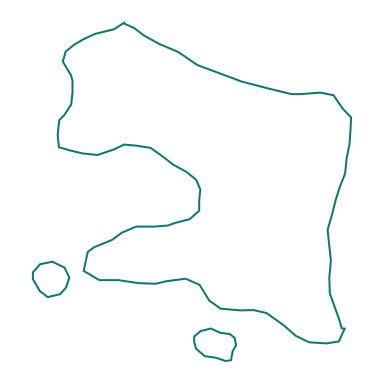 the district of Qazakh District, Qazax, Azerbaijan
{"feature_id": "54616110B43488292017990", "entity_name": "Qazakh District", "entity_type": "district", "adm_level": 2, "iso_a3": "AZE", "parent_name": "Azerbaijan", "parent_adm1": "Qazax", "projection": "robinson", "projection_center": [45.173, 41.158], "detail": "fine", "context": "isolated", "style": "outline", "palette": "teal", "viewbox_px": 384, "rotation_deg": 0, "n_neighbors": 0, "source": "geoboundaries", "source_scale": "gbopen_adm2", "svg_char_len": 1419}
<svg xmlns="http://www.w3.org/2000/svg" viewBox="0 0 384 384"><path d="M123.7,23.0L113.9,29.3L95.3,33.8L83.5,39.2L73.6,45.1L65.6,51.7L62.8,61.6L71.0,75.3L72.5,80.7L72.5,92.5L71.2,104.5L64.6,114.7L59.2,120.3L57.7,135.4L58.9,147.2L70.2,150.5L82.4,153.4L97.5,155.0L114.4,149.3L123.9,144.6L136.1,145.6L150.7,147.9L164.2,157.6L172.9,164.5L186.5,172.0L196.2,179.8L200.3,189.5L199.2,200.7L199.2,201.8L199.2,210.7L189.6,219.2L175.2,222.9L168.0,225.5L154.0,226.6L136.1,226.6L121.7,232.8L112.1,239.9L94.1,247.2L87.7,252.1L83.7,270.9L99.3,280.1L118.1,280.1L138.4,283.1L155.6,283.8L166.4,281.2L185.6,278.7L199.6,284.9L209.2,300.5L220.4,308.6L240.0,310.4L253.6,310.1L266.4,313.0L283.2,324.9L296.0,336.0L309.2,342.3L326.4,343.4L338.8,341.5L344.7,328.6L341.7,328.3L338.9,318.6L329.8,293.3L329.3,277.6L330.9,260.8L327.6,229.9L332.0,214.7L335.8,199.5L340.2,185.8L345.1,173.6L346.7,157.9L349.5,144.3L350.5,130.1L351.1,117.4L342.8,108.8L333.5,95.2L320.3,92.6L300.6,94.1L291.3,94.1L268.8,88.6L241.4,81.5L197.3,65.0L178.4,52.1L158.7,43.7L143.6,35.3L134.2,28.1L123.6,23.3L123.7,23.0ZM231.0,360.2L232.6,351.3L236.1,345.1L234.6,337.8L229.7,334.0L220.3,332.8L210.8,328.5L200.6,331.1L194.2,336.6L194.2,341.8L196.0,348.6L204.7,356.2L215.4,357.6L225.7,361.0L231.0,360.2ZM60.1,294.2L66.1,287.5L69.3,277.5L64.5,267.6L52.5,261.7L40.1,264.2L32.9,272.4L32.9,279.0L39.7,290.9L47.7,297.1L60.1,294.2Z" fill="none" stroke="#0f766e" stroke-width="2"/></svg>